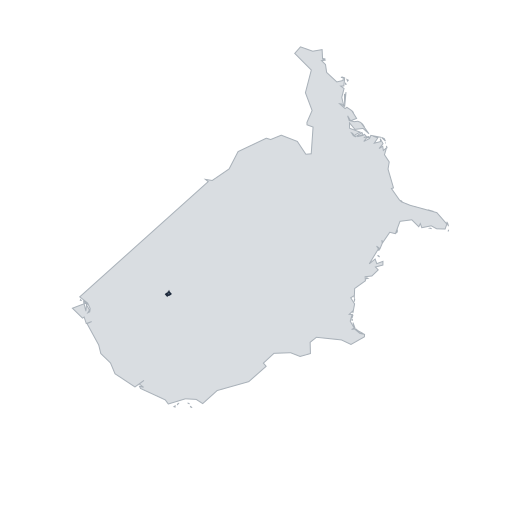 Madison, Idaho, United States of America shown in context, rotated 320°
{"feature_id": "52423323B1812504540998", "entity_name": "Madison", "entity_type": "district", "adm_level": 2, "iso_a3": "USA", "parent_name": "United States of America", "parent_adm1": "Idaho", "projection": "orthographic", "projection_center": [-111.697, 43.776], "detail": "fine", "context": "in_parent", "style": "filled", "palette": "slate", "viewbox_px": 512, "rotation_deg": 320, "n_neighbors": 0, "source": "geoboundaries", "source_scale": "gbopen_adm2", "svg_char_len": 4192}
<svg xmlns="http://www.w3.org/2000/svg" viewBox="0 0 512 512"><g transform="rotate(320 256 256)"><path d="M398.8,162.7L417.9,149.1L415.9,125.7L424.5,124.4L431.1,135.6L439.3,140.4L433.6,147.9L434.4,150.2L431.8,148.4L432.3,154.0L428.1,160.8L429.8,174.6L435.5,177.5L437.5,175.5L435.9,173.8L437.1,174.3L438.4,176.6L432.6,182.2L430.1,180.3L431.1,184.3L423.7,189.6L419.7,197.5L419.2,194.5L417.9,193.1L419.0,200.3L421.2,200.5L422.8,206.2L421.5,215.3L415.4,213.2L416.3,207.5L414.5,212.1L417.6,216.3L420.6,218.2L422.1,221.1L421.1,235.0L420.0,227.1L413.2,222.6L413.2,214.1L409.8,218.3L415.4,228.1L410.0,226.9L408.7,227.9L408.8,224.0L408.3,223.0L407.9,226.3L408.7,228.5L416.5,229.5L415.8,232.1L411.6,229.8L410.3,229.7L415.5,232.4L417.3,232.5L417.4,235.6L414.7,234.5L419.2,237.0L418.7,237.9L416.5,236.6L412.2,237.5L418.5,239.0L421.5,237.4L428.1,245.5L422.7,239.4L425.3,243.8L419.1,245.6L425.0,248.4L426.6,246.0L425.5,251.6L419.4,252.8L423.6,253.4L421.4,257.0L425.5,257.0L419.5,261.0L418.5,269.6L413.0,274.3L405.1,292.2L403.1,291.4L401.9,305.1L402.3,308.1L406.7,316.3L422.4,339.0L422.7,354.2L418.2,356.9L411.9,351.3L409.6,345.5L401.2,340.9L402.7,336.8L399.5,338.2L398.6,328.4L388.6,322.0L377.1,328.5L373.7,323.8L361.6,327.2L362.6,324.7L360.9,327.4L355.7,330.1L354.7,325.9L354.4,329.2L337.7,334.8L345.3,334.9L343.6,339.5L349.8,341.7L347.4,344.5L340.4,341.2L340.7,345.2L331.9,345.8L326.3,342.0L323.9,345.3L310.7,344.3L304.2,351.4L305.9,349.5L301.7,348.9L300.7,356.1L293.5,362.0L295.1,360.3L289.9,360.6L292.0,362.6L286.3,366.5L284.9,374.4L282.0,373.7L284.6,375.3L285.8,382.1L288.8,385.8L287.1,387.6L271.9,384.8L267.5,375.2L250.0,357.1L242.0,356.9L235.0,365.7L225.2,361.3L220.3,352.3L207.2,342.1L192.8,342.8L192.9,347.0L169.7,347.6L139.8,334.1L120.3,334.8L118.0,327.4L110.1,320.0L93.7,313.0L94.0,307.9L82.4,283.3L83.0,280.9L85.5,284.3L84.3,279.0L90.2,279.3L79.1,278.5L72.3,255.6L75.8,244.4L74.4,231.0L78.3,223.1L83.1,199.2L88.0,200.6L82.6,198.6L85.1,192.3L83.2,192.1L81.8,178.0L93.6,182.1L90.2,188.9L94.8,184.4L93.7,190.3L90.6,191.4L92.7,191.9L95.2,189.7L96.8,183.8L94.7,174.0L267.2,168.3L266.5,164.8L271.0,170.0L291.4,172.0L309.4,164.5L339.6,172.4L342.1,176.2L353.0,179.7L361.3,194.8L359.6,210.1L364.0,213.2L382.6,193.9L379.4,188.3L380.9,186.4L392.5,180.6L398.8,162.7ZM427.2,190.9L430.3,188.3L419.9,198.6L427.9,188.7L427.2,190.9ZM94.9,179.9L96.0,183.9L95.8,184.5L93.9,181.3L94.9,179.9ZM288.4,384.7L285.8,379.0L285.5,375.5L286.2,379.1L288.4,384.7ZM434.6,147.8L435.5,149.6L434.8,149.5L434.6,147.8ZM326.8,343.8L327.4,345.1L325.8,344.3L326.8,343.8ZM99.8,319.5L101.7,318.9L101.9,319.1L99.8,319.5ZM97.7,318.8L96.9,319.7L96.3,318.7L97.7,318.8ZM435.8,180.7L435.4,182.4L435.0,182.2L435.8,180.7ZM286.2,372.2L285.4,375.1L287.5,369.3L286.2,372.2ZM417.6,331.4L420.6,335.9L417.2,331.1L417.6,331.4ZM109.4,325.1L110.1,326.6L109.3,325.2L109.4,325.1ZM423.7,354.6L422.6,356.9L424.1,352.4L423.7,354.6ZM429.7,248.5L429.0,251.2L428.4,245.8L429.7,248.5ZM93.6,176.6L93.5,177.7L92.9,177.0L93.6,176.6ZM292.2,363.6L289.5,365.4L292.2,363.2L292.2,363.6ZM439.1,179.3L439.7,180.6L438.6,180.9L439.1,179.3ZM109.1,329.2L109.6,331.1L108.8,329.4L109.1,329.2ZM289.0,366.6L287.9,367.5L288.8,366.2L289.0,366.6ZM422.4,223.5L422.0,227.0L422.2,222.4L422.4,223.5ZM303.6,352.8L301.9,354.2L304.2,351.8L303.6,352.8ZM402.6,306.3L402.9,308.6L402.3,307.2L402.6,306.3ZM426.1,257.0L425.7,257.7L426.6,255.4L426.1,257.0ZM381.3,326.6L379.6,328.4L378.7,328.4L381.3,326.6ZM354.8,330.0L354.5,330.5L353.3,330.7L354.8,330.0ZM407.4,346.6L408.1,348.0L407.0,346.4L407.4,346.6ZM350.1,334.7L350.0,336.2L349.4,333.7L350.1,334.7ZM420.0,360.1L418.9,360.7L420.4,359.7L420.0,360.1ZM422.9,207.3L422.8,209.0L422.8,206.6L422.9,207.3ZM428.1,252.2L427.6,253.0L428.1,252.2Z" fill="#d9dde1" stroke="#a8b0b8" stroke-width="1"/><path d="M166.4,227.4L166.2,227.5L165.9,227.4L165.6,227.3L165.4,227.4L165.4,227.5L165.2,227.6L164.3,227.7L163.3,227.6L163.3,227.3L162.3,227.3L162.3,228.6L162.3,229.0L162.6,229.0L162.7,228.9L162.7,229.0L162.8,228.9L162.9,229.0L163.1,229.1L163.2,229.3L163.4,229.3L163.4,229.5L163.5,229.5L163.8,229.8L164.0,229.8L164.8,229.9L164.8,230.2L165.2,230.2L165.4,230.3L166.4,230.3L166.3,227.7L166.4,227.4Z" fill="#64748b" stroke="#1e293b" stroke-width="1.5"/></g></svg>